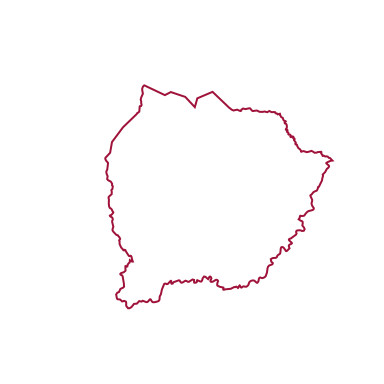 outline of San Andres, Lempira, Honduras, rotated 229°
{"feature_id": "27666195B74503802640136", "entity_name": "San Andres", "entity_type": "district", "adm_level": 2, "iso_a3": "HND", "parent_name": "Honduras", "parent_adm1": "Lempira", "projection": "orthographic", "projection_center": [-88.635, 14.237], "detail": "fine", "context": "isolated", "style": "outline", "palette": "rose", "viewbox_px": 384, "rotation_deg": 229, "n_neighbors": 0, "source": "geoboundaries", "source_scale": "gbopen_adm2", "svg_char_len": 5998}
<svg xmlns="http://www.w3.org/2000/svg" viewBox="0 0 384 384"><g transform="rotate(229 192 192)"><path d="M246.5,133.9L246.3,132.4L244.7,131.5L243.1,130.0L243.0,126.2L242.4,125.2L241.0,124.5L237.6,121.4L235.5,120.0L233.9,119.5L232.9,119.9L231.5,120.0L230.1,119.5L228.3,119.3L228.0,118.9L227.6,116.2L228.1,114.7L228.0,114.4L227.3,114.3L225.2,115.0L223.9,114.7L223.1,114.0L222.6,112.8L221.8,112.1L217.3,109.8L216.2,107.8L215.1,106.8L213.7,106.6L210.3,106.7L209.3,106.8L207.8,107.7L206.9,107.4L205.8,107.6L203.7,107.0L203.3,105.3L202.5,105.1L200.2,103.2L196.9,102.2L196.0,102.1L194.5,102.2L193.1,102.0L192.5,102.4L192.5,103.3L191.9,103.6L190.2,103.1L185.3,102.4L184.6,102.7L184.3,103.7L183.6,104.0L182.5,103.7L180.6,102.6L178.3,101.7L178.5,101.4L179.1,101.0L181.3,100.4L179.7,98.7L179.8,97.6L179.4,95.9L178.2,94.3L178.5,93.7L179.1,93.3L179.6,93.4L179.7,93.1L178.4,91.9L176.5,90.5L176.2,90.1L176.2,88.3L176.5,87.1L177.3,85.4L177.3,84.3L177.0,84.0L176.5,83.9L176.0,84.0L175.2,84.5L174.0,84.4L167.7,80.6L165.1,78.6L165.0,77.4L165.8,74.4L164.4,71.2L165.0,69.6L164.4,67.5L160.9,65.5L160.3,65.4L159.8,65.6L158.0,67.2L155.2,67.5L154.3,69.4L152.6,70.2L151.3,69.5L150.0,68.2L148.9,67.6L147.6,67.5L146.5,67.7L146.2,67.5L145.5,68.2L145.0,69.6L144.9,71.1L145.6,74.8L143.9,77.2L144.3,80.6L142.4,82.0L142.3,82.4L142.4,83.0L142.3,83.4L138.9,85.3L138.4,85.8L138.2,86.8L138.6,89.5L138.5,90.1L138.0,90.3L135.5,89.9L134.5,90.2L133.8,90.9L132.9,92.3L131.7,94.9L131.7,95.8L132.0,96.7L134.4,99.2L135.2,101.4L138.2,105.4L140.8,110.6L140.8,111.1L140.4,111.7L140.0,112.1L139.1,112.4L138.5,113.4L138.9,116.8L138.8,117.8L138.5,117.9L136.8,116.5L136.3,116.4L135.9,116.6L135.6,117.5L136.0,118.5L136.0,119.0L134.0,124.1L133.3,124.6L131.6,124.3L130.7,124.4L130.3,124.7L129.9,125.6L129.4,128.8L128.3,129.5L126.9,130.0L126.3,130.7L125.6,135.0L124.3,135.9L122.3,134.2L121.5,134.7L121.0,135.7L120.9,136.4L121.2,137.0L121.9,137.7L122.0,138.1L119.1,139.5L118.5,140.0L118.3,140.5L118.7,141.7L119.9,143.5L120.3,145.7L119.1,146.5L115.6,147.0L115.7,147.6L116.5,149.2L116.5,149.8L116.2,150.3L115.2,150.4L114.1,150.0L112.8,147.5L112.2,147.3L111.4,147.7L110.9,148.4L110.4,150.0L110.1,152.2L109.7,152.9L109.0,153.3L108.3,153.4L107.6,153.2L107.2,152.3L106.3,151.0L105.4,150.1L104.8,149.8L104.2,149.9L101.9,151.0L99.3,153.0L98.7,152.7L98.5,152.1L98.1,151.7L97.7,151.6L97.4,151.8L96.6,153.4L93.5,157.8L92.6,161.4L91.8,162.3L91.6,163.3L91.3,163.5L89.4,163.7L89.4,164.1L90.2,166.0L90.2,166.7L89.6,166.7L88.1,166.3L87.5,166.5L87.3,166.8L87.3,168.0L86.9,169.1L85.6,170.0L84.8,171.1L84.7,172.2L84.9,173.6L86.2,175.8L86.4,176.7L86.3,177.9L85.9,179.1L85.2,180.1L84.2,180.9L81.1,181.3L80.8,181.5L80.6,181.9L80.9,183.3L82.7,185.7L83.0,186.7L82.7,187.4L81.2,188.3L80.7,188.8L80.1,190.7L80.1,192.3L82.0,195.7L84.9,199.0L85.7,200.3L85.9,202.1L84.8,204.8L84.9,205.9L85.5,206.4L87.4,206.1L89.6,207.4L89.5,208.4L89.0,209.9L87.7,211.5L87.2,212.5L87.3,213.6L87.8,214.4L88.0,215.0L87.7,218.0L87.9,218.4L89.0,219.7L91.3,222.1L91.7,223.1L91.4,223.9L90.4,224.5L89.4,224.6L85.8,224.2L85.4,224.5L85.3,225.0L85.5,228.6L87.6,229.5L88.2,230.3L88.2,231.3L87.7,233.0L87.8,233.8L88.5,234.0L90.3,233.7L91.8,233.6L92.4,233.8L92.7,234.3L92.6,235.1L92.1,236.0L91.6,242.6L92.1,243.7L93.2,244.1L94.0,244.9L94.1,245.7L93.6,246.7L92.4,248.3L91.6,248.9L90.5,249.4L89.8,250.2L89.4,251.1L90.1,252.7L91.8,253.2L94.3,253.3L95.9,255.2L96.9,255.9L97.8,255.9L99.1,255.2L101.4,254.6L101.9,256.4L102.9,257.5L103.0,258.2L101.6,259.3L100.7,260.8L100.6,261.5L101.2,263.9L101.4,266.4L100.9,267.9L99.3,271.1L99.2,272.1L99.4,272.9L100.2,273.4L102.4,273.6L104.1,274.2L104.9,274.7L105.8,275.8L106.4,276.8L107.3,277.6L111.4,278.8L111.8,279.2L111.7,280.7L112.2,283.5L112.0,284.8L111.2,287.0L111.3,287.5L112.1,289.3L113.0,290.3L112.7,291.2L115.4,297.6L117.1,299.7L118.2,301.5L119.4,302.1L119.7,305.6L121.0,309.0L120.9,310.8L121.2,311.9L121.5,312.4L122.2,312.6L125.3,312.2L125.7,312.3L125.7,313.3L125.2,315.3L124.5,317.2L123.6,318.6L127.1,318.4L128.0,317.7L129.7,317.6L130.7,316.9L131.3,315.9L132.8,315.3L133.5,314.3L133.8,314.3L134.4,314.8L135.5,314.7L136.6,314.9L137.0,315.2L137.2,315.8L137.7,315.8L139.7,312.9L140.0,311.8L141.3,310.2L143.1,309.8L144.7,309.1L145.5,307.1L146.8,304.7L149.6,303.1L150.3,301.9L150.6,301.0L151.0,300.8L152.0,301.4L153.1,301.5L153.8,301.5L155.0,301.1L156.0,301.2L157.4,301.5L158.9,302.2L159.3,302.1L159.8,301.5L160.3,301.5L160.7,301.7L161.0,302.5L161.3,302.8L164.1,303.0L164.3,303.2L164.4,303.9L164.9,304.3L165.3,304.2L165.7,303.7L166.2,303.7L166.5,303.9L166.7,304.6L167.0,304.7L167.6,304.6L168.2,304.1L168.3,302.9L168.7,302.5L169.3,302.6L169.8,303.5L170.5,303.7L171.2,303.5L171.8,302.7L172.4,302.6L173.5,303.6L174.0,303.6L174.7,303.2L175.2,303.2L175.5,303.6L175.7,304.3L176.2,304.7L176.7,304.5L177.1,303.8L177.6,303.8L177.9,304.2L178.0,305.1L178.2,305.6L179.2,306.6L180.6,307.5L181.5,307.7L182.9,307.1L183.6,307.4L183.9,308.0L183.6,308.7L183.8,309.1L184.3,309.0L184.9,308.4L185.5,308.3L186.6,308.3L188.3,309.1L190.1,308.5L191.6,308.9L192.9,308.9L193.1,309.1L193.1,309.6L193.4,309.7L194.5,307.5L195.6,307.6L196.6,306.7L197.6,307.1L198.4,306.5L200.1,304.4L202.4,303.5L202.9,301.1L205.1,299.6L206.1,297.9L208.1,295.7L208.7,295.3L210.0,294.9L211.1,294.2L213.2,291.0L213.8,290.7L216.9,290.7L217.3,290.5L218.0,289.5L219.5,286.7L221.5,285.3L221.7,283.7L221.7,283.1L221.1,282.5L221.4,281.6L224.5,280.1L226.3,276.8L228.2,275.9L230.0,275.7L230.6,275.4L254.1,273.2L259.2,257.5L254.2,249.8L268.2,249.3L281.3,241.6L282.9,235.1L303.7,226.0L303.9,225.2L303.5,223.7L302.8,222.4L301.9,221.5L298.4,219.4L296.7,215.8L295.6,214.1L294.8,213.6L293.7,213.1L292.6,212.1L290.7,211.0L290.3,209.9L290.6,209.2L290.9,209.0L290.9,208.7L287.3,205.0L287.2,203.6L287.5,202.5L287.1,201.4L286.1,182.4L282.2,164.4L275.3,155.9L274.6,149.1L273.9,148.3L273.0,148.0L271.6,147.7L269.4,147.8L268.8,147.5L264.5,142.7L264.0,141.4L263.3,140.4L261.7,139.5L259.3,138.7L257.5,136.5L256.0,136.4L253.2,137.5L250.8,137.2L249.4,136.0L248.7,136.1L248.1,135.8L246.5,133.9Z" fill="none" stroke="#9f1239" stroke-width="2"/></g></svg>